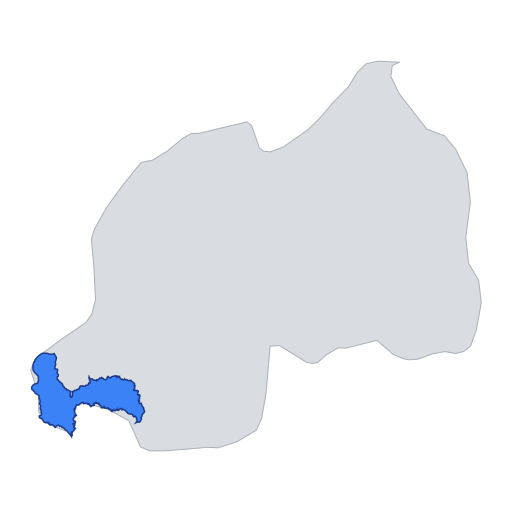 Rusizi, Western, Rwanda shown in context
{"feature_id": "39286606B89224673348511", "entity_name": "Rusizi", "entity_type": "district", "adm_level": 2, "iso_a3": "RWA", "parent_name": "Rwanda", "parent_adm1": "Western", "projection": "orthographic", "projection_center": [29.077, -2.558], "detail": "fine", "context": "in_parent", "style": "filled", "palette": "blue", "viewbox_px": 512, "rotation_deg": 0, "n_neighbors": 0, "source": "geoboundaries", "source_scale": "gbopen_adm2", "svg_char_len": 6830}
<svg xmlns="http://www.w3.org/2000/svg" viewBox="0 0 512 512"><path d="M191.3,133.5L198.6,133.4L246.8,121.9L251.6,125.5L259.3,147.8L263.4,151.1L270.2,151.9L283.6,146.8L308.4,129.3L319.3,118.7L332.0,103.8L348.3,87.0L357.4,72.3L366.2,63.7L377.9,61.2L390.7,61.8L399.7,62.1L392.3,65.6L390.8,76.4L399.2,93.6L426.8,129.2L444.4,135.7L455.9,149.6L467.1,172.9L470.4,202.1L465.8,237.1L468.5,263.2L478.6,280.3L481.3,302.5L476.4,329.8L470.6,346.1L463.6,351.5L455.8,353.5L445.1,351.6L432.2,353.9L418.0,359.1L409.2,359.8L403.7,358.8L393.2,354.4L376.8,340.3L346.1,348.1L337.8,347.9L326.6,354.6L317.4,362.8L311.8,363.4L306.2,362.2L279.7,345.6L270.1,346.1L266.1,392.8L261.6,418.7L256.2,430.3L237.3,441.5L218.2,447.8L207.8,447.3L165.9,450.8L149.6,450.8L140.5,447.0L128.8,420.6L106.6,408.8L85.3,403.3L76.6,404.8L68.9,418.7L65.7,431.1L45.0,422.6L38.8,412.1L38.3,394.3L30.7,370.0L34.9,359.6L43.0,352.9L60.2,340.1L86.2,322.3L91.9,313.8L95.5,299.7L93.9,266.8L91.4,239.0L94.5,229.1L106.4,207.7L122.4,185.7L141.0,162.5L152.2,160.2L167.0,151.4L182.6,138.4L191.3,133.5Z" fill="#d9dde1" stroke="#a8b0b8" stroke-width="1"/><path d="M139.6,398.8L139.3,398.2L139.3,397.7L139.9,396.5L139.4,396.1L139.9,395.2L139.5,394.8L137.7,394.9L137.5,394.7L137.4,394.4L137.9,393.9L137.7,392.7L138.4,391.6L138.2,390.9L137.2,390.4L136.7,390.7L135.9,390.7L135.3,390.1L134.1,390.5L133.7,390.4L133.7,389.8L134.5,388.4L134.4,388.1L134.8,387.7L134.6,386.1L134.8,385.9L134.2,385.8L134.6,385.0L134.5,383.6L133.7,382.8L133.3,382.7L132.8,382.1L131.8,381.6L131.3,381.1L131.0,380.3L129.7,380.4L129.4,380.8L127.7,380.4L126.9,379.6L125.6,379.7L125.0,379.5L124.5,378.9L124.2,379.7L123.3,380.1L122.8,379.6L122.4,379.6L122.1,379.1L121.6,379.3L120.9,379.0L119.3,377.2L119.4,376.8L118.8,377.0L118.7,376.4L118.1,376.8L117.8,376.4L117.2,377.0L117.3,376.4L116.8,376.1L116.5,376.2L116.2,375.8L115.9,376.0L115.4,375.9L115.3,376.2L113.7,376.1L112.5,376.5L111.4,377.0L110.5,377.9L110.1,377.6L109.6,377.7L108.5,376.9L108.3,376.5L107.9,376.5L107.3,377.2L106.8,379.2L105.3,379.8L105.0,379.5L104.1,379.4L103.1,378.3L102.4,378.0L102.1,378.3L101.5,377.5L101.2,377.8L101.1,377.6L101.1,378.0L100.9,378.2L99.7,378.0L99.2,378.9L98.3,379.3L97.9,380.0L96.7,379.7L96.3,380.1L96.4,380.8L94.7,380.1L94.1,380.3L93.3,380.1L93.0,379.5L92.1,378.8L90.9,379.2L90.1,378.7L89.4,377.8L89.1,377.0L88.9,378.0L89.5,379.4L89.5,380.3L90.1,381.0L90.2,381.8L89.8,382.2L89.9,383.1L88.7,383.1L88.2,384.9L87.6,385.2L86.0,385.2L85.0,386.5L83.7,386.2L83.3,386.3L83.0,385.9L82.0,385.9L81.1,386.2L80.5,386.0L80.1,386.3L80.4,386.6L79.8,387.0L79.6,387.6L79.1,388.1L78.9,389.2L78.4,389.1L77.9,389.4L77.5,389.4L77.1,389.8L76.7,389.7L76.1,390.3L75.6,390.5L74.5,390.3L73.9,391.1L73.3,391.1L72.9,391.7L72.5,391.8L72.5,392.0L72.3,392.0L72.8,393.1L72.3,394.1L72.3,394.6L72.7,395.1L72.5,395.8L72.2,396.0L72.1,396.4L71.4,396.4L71.5,396.9L71.2,396.8L71.2,397.2L70.9,397.3L70.8,396.9L70.3,396.4L70.0,395.2L70.3,394.4L70.2,393.8L70.5,392.2L70.5,391.6L70.1,391.4L70.2,391.2L69.4,391.0L68.4,390.1L66.4,389.8L66.2,389.4L66.3,388.9L64.4,387.9L64.1,386.8L63.5,386.5L62.8,385.6L62.6,385.0L62.7,384.6L62.0,383.5L60.2,382.4L59.8,381.5L59.1,381.3L58.4,380.1L57.5,379.8L57.2,379.3L57.2,376.9L58.1,376.4L58.4,375.6L58.2,374.7L57.0,372.8L57.7,370.2L57.3,369.2L55.4,369.1L54.7,368.1L55.0,367.3L54.9,366.5L55.7,364.8L55.3,362.1L56.4,358.5L56.4,357.9L56.2,357.0L54.1,353.5L52.8,354.1L51.2,354.3L48.5,353.9L47.9,353.5L47.0,353.3L43.1,353.2L41.8,353.6L39.5,355.1L36.5,358.0L34.8,360.6L34.6,361.5L34.2,361.8L33.3,363.9L32.8,367.3L33.1,369.9L34.4,372.2L38.4,376.3L38.3,378.5L38.6,379.9L37.7,383.1L35.7,383.8L34.5,384.0L32.6,385.6L31.7,387.2L31.7,388.7L32.0,389.5L33.4,390.5L33.6,391.2L34.3,391.6L35.2,393.2L38.0,394.8L38.6,395.3L39.1,397.1L39.1,398.6L40.1,400.7L40.0,402.2L39.6,402.9L39.6,404.1L40.2,404.7L40.7,406.1L40.5,407.3L40.2,407.8L40.5,408.2L40.3,409.2L40.3,409.5L40.7,409.6L41.1,410.3L41.1,412.6L41.4,413.4L41.5,414.4L41.3,415.0L41.0,415.4L39.2,416.0L39.2,416.6L39.6,417.7L40.1,418.1L40.9,418.2L41.4,418.7L41.8,418.5L42.4,418.8L42.5,419.6L44.1,422.2L45.4,422.6L47.2,422.4L47.7,422.8L47.9,422.3L48.5,422.5L49.2,423.4L49.1,424.2L49.9,425.0L50.2,424.6L50.7,424.5L51.1,424.8L51.4,424.7L53.5,425.2L55.0,427.4L55.5,427.4L56.1,426.2L56.9,425.6L58.1,425.3L58.7,425.2L59.9,426.5L60.6,426.2L61.5,426.4L61.9,427.2L62.8,427.7L63.4,427.6L66.0,430.4L67.2,431.0L67.9,432.2L69.7,434.1L70.3,434.2L70.4,435.0L71.5,436.6L71.6,435.4L71.9,435.3L71.7,434.4L72.1,434.6L71.7,433.1L72.0,433.1L72.1,432.8L71.8,432.6L72.1,432.4L72.0,432.2L72.3,432.3L72.6,432.1L73.0,431.2L73.5,431.0L74.1,430.0L75.3,428.8L74.8,428.5L74.7,428.2L74.9,427.9L73.9,427.6L73.6,427.1L73.6,426.8L74.2,426.3L73.8,425.3L74.0,425.0L74.8,425.1L74.8,424.2L73.1,423.8L73.4,423.3L73.9,423.3L74.1,423.5L75.1,423.0L75.5,421.7L75.1,421.2L74.7,421.4L74.2,421.2L73.6,420.4L73.2,420.0L72.9,420.1L73.5,419.7L73.2,418.8L73.9,417.9L74.2,417.0L74.8,416.8L74.7,416.1L75.0,416.3L75.5,416.1L76.3,415.4L75.8,415.1L75.8,414.4L74.6,413.2L74.8,412.6L74.5,411.1L74.5,410.6L74.7,410.3L74.2,410.4L74.2,409.5L74.6,408.9L74.4,408.6L75.5,408.3L75.8,407.3L75.6,406.6L76.1,406.1L76.4,404.8L78.8,405.1L79.5,404.1L80.6,403.5L80.8,403.2L82.2,402.5L82.9,402.8L83.3,402.5L83.8,403.6L84.6,403.3L85.4,403.6L86.6,403.2L86.9,403.6L87.3,403.5L87.8,403.8L88.4,403.6L88.3,404.1L88.6,404.0L88.8,404.4L89.2,404.5L89.5,405.0L90.2,405.1L90.1,405.9L90.7,406.1L91.0,406.6L92.7,405.3L93.5,405.6L93.8,405.2L94.1,405.2L93.6,403.9L94.1,403.4L94.7,403.5L94.9,403.1L95.7,403.1L95.9,402.4L96.1,402.5L96.2,403.3L96.6,403.3L96.7,403.1L97.5,403.6L98.1,403.2L98.8,403.3L98.8,404.4L100.1,405.0L100.1,405.7L100.8,405.9L101.3,406.6L101.3,407.7L101.8,407.9L102.0,407.5L103.2,407.5L103.5,406.9L104.2,406.5L104.6,407.2L103.9,407.5L104.0,407.8L104.5,407.7L105.3,408.2L106.3,408.1L106.5,408.3L107.4,408.1L107.9,407.8L108.9,409.2L109.3,409.4L110.0,409.1L110.6,410.0L111.4,410.2L111.4,411.2L111.7,411.5L112.4,411.2L112.4,410.6L112.9,410.4L113.0,410.0L113.6,410.3L113.9,410.7L114.5,410.7L115.1,410.5L115.1,409.8L115.9,410.4L116.2,410.1L116.2,409.8L117.0,409.4L117.5,409.9L117.7,409.2L118.0,410.0L118.6,410.3L119.4,409.3L120.5,408.9L121.1,408.4L121.7,408.5L121.7,408.8L122.1,409.2L122.1,409.8L122.6,409.5L123.4,409.6L125.4,410.2L125.9,411.3L126.5,411.5L127.2,412.7L128.0,413.4L129.7,414.0L131.5,414.1L132.7,414.7L132.9,415.8L133.9,416.9L134.3,416.8L134.5,416.3L135.3,416.2L136.7,418.4L136.5,419.0L137.2,419.8L137.1,420.4L137.2,420.8L136.6,421.3L136.6,422.1L136.1,422.4L135.9,422.7L137.3,422.0L138.2,422.2L139.5,422.1L140.4,421.4L140.9,419.9L141.5,419.0L141.0,417.7L141.9,416.3L142.2,414.4L144.0,412.7L144.6,411.3L144.1,410.1L143.6,409.6L143.8,408.8L143.3,408.3L143.5,407.6L142.0,406.0L141.2,403.3L140.7,403.2L139.5,403.6L138.9,402.7L138.9,402.1L139.5,401.6L139.5,401.0L139.3,400.7L138.6,400.7L138.3,400.1L139.0,399.1L139.6,398.8Z" fill="#3b82f6" stroke="#1e3a8a" stroke-width="1.5"/></svg>